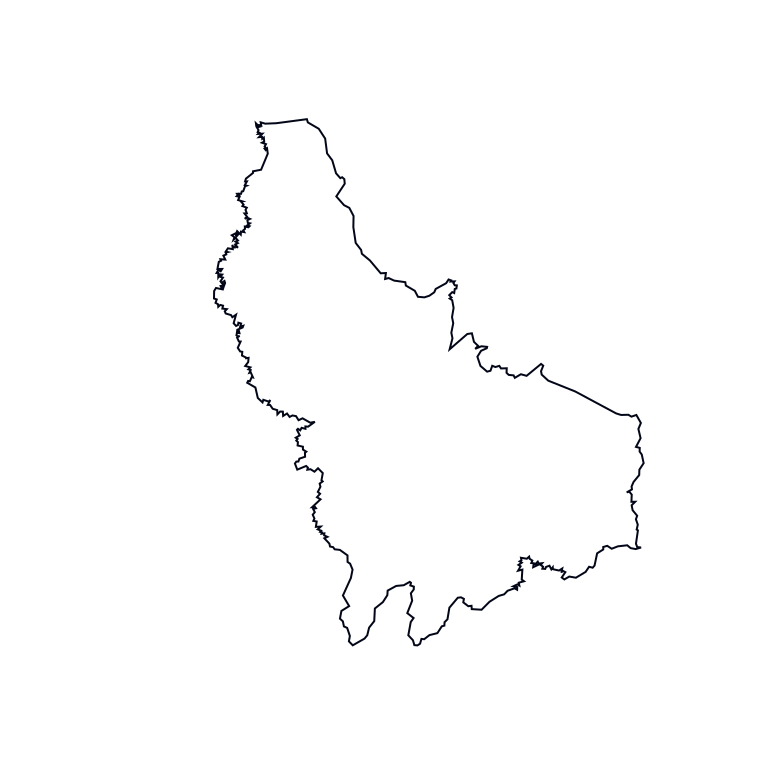 the district of Khon San, Chaiyaphum, Thailand, rotated 233°
{"feature_id": "78962969B85168062919429", "entity_name": "Khon San", "entity_type": "district", "adm_level": 2, "iso_a3": "THA", "parent_name": "Thailand", "parent_adm1": "Chaiyaphum", "projection": "robinson", "projection_center": [101.768, 16.554], "detail": "fine", "context": "isolated", "style": "outline", "palette": "ink", "viewbox_px": 768, "rotation_deg": 233, "n_neighbors": 0, "source": "geoboundaries", "source_scale": "gbopen_adm2", "svg_char_len": 6165}
<svg xmlns="http://www.w3.org/2000/svg" viewBox="0 0 768 768"><g transform="rotate(233 384 384)"><path d="M560.5,304.3L554.6,299.7L552.2,301.3L550.2,298.3L547.6,299.4L545.4,298.1L545.7,300.8L543.4,302.6L541.5,300.3L538.4,303.5L537.9,300.6L535.6,300.0L531.1,303.3L528.6,303.1L528.4,307.5L523.0,300.5L519.4,300.8L519.0,302.9L520.6,304.6L518.3,306.3L516.4,303.7L515.2,306.7L514.2,305.1L515.6,299.5L514.0,297.9L514.0,300.2L511.6,299.2L513.2,297.5L511.8,295.5L510.0,295.8L509.3,297.7L509.5,294.6L505.3,293.7L504.2,295.0L500.9,289.0L496.6,288.7L495.0,290.2L492.2,287.7L487.6,290.0L488.0,288.5L486.4,291.6L483.2,288.7L481.9,284.0L477.7,287.3L477.3,284.5L475.4,285.9L474.0,283.3L473.6,284.6L468.1,283.3L469.1,282.5L466.9,278.5L468.2,277.3L467.3,275.5L458.6,279.2L448.8,274.8L442.4,275.9L444.0,278.1L439.4,281.3L439.6,283.5L437.2,278.6L435.8,280.4L431.2,280.2L427.4,283.0L423.9,280.6L424.5,284.5L422.8,286.6L419.2,284.2L418.8,288.8L414.5,288.8L414.0,291.9L411.3,294.4L406.5,294.0L405.6,298.3L397.5,301.8L395.4,306.0L395.6,297.7L397.4,295.7L395.5,294.3L398.6,291.8L397.4,289.2L400.0,288.3L399.8,286.9L393.7,285.8L394.2,281.2L392.1,281.9L391.6,279.9L389.4,280.3L386.9,278.0L382.7,281.5L380.4,279.8L376.7,281.2L376.7,279.5L373.4,277.2L375.3,271.5L373.6,269.0L374.8,267.3L374.1,265.0L367.8,263.2L365.4,272.5L363.0,272.9L361.7,271.2L360.2,274.0L355.8,275.7L356.4,280.6L349.7,281.5L344.7,276.1L343.1,276.4L343.2,272.7L340.2,271.4L337.6,266.2L334.8,266.9L333.9,262.3L330.1,263.9L328.9,252.7L327.6,254.9L325.7,254.9L326.9,252.2L323.3,251.6L322.5,248.4L318.5,247.5L317.2,245.2L314.7,247.5L310.9,243.6L308.2,247.7L307.8,243.6L304.7,245.5L304.3,244.0L302.8,245.2L302.0,244.0L300.6,246.5L299.1,245.1L296.0,246.8L296.7,243.5L289.4,244.3L286.7,243.1L284.3,245.2L281.7,245.1L278.1,248.9L269.1,251.7L263.8,247.8L260.9,248.8L254.7,247.2L249.0,240.8L239.8,223.9L227.6,222.5L228.4,213.4L223.1,207.6L219.2,208.3L214.5,206.1L211.4,207.8L203.3,205.1L199.6,201.1L194.1,201.8L192.4,215.2L193.4,219.4L198.4,225.5L200.5,233.5L210.2,241.6L210.5,251.9L213.3,259.5L216.8,262.6L215.4,272.2L211.4,278.7L210.5,285.5L209.0,285.9L207.3,283.8L204.2,285.9L202.0,284.1L200.7,279.5L194.0,276.1L187.0,264.7L179.3,266.8L177.8,262.1L168.7,252.2L161.9,252.9L157.2,251.1L155.1,253.4L154.9,256.5L157.9,260.5L156.0,262.5L156.1,269.2L152.9,276.7L155.7,284.3L154.7,286.8L157.3,289.0L157.9,293.1L166.0,301.6L168.9,314.3L167.3,317.1L164.3,318.5L161.9,315.9L155.8,317.6L154.2,320.4L151.4,318.6L145.0,326.1L146.6,337.2L145.7,348.1L143.7,353.4L144.5,358.2L142.3,365.3L139.6,366.5L141.7,368.2L144.6,365.6L143.7,369.9L141.6,370.8L144.2,372.0L142.2,377.1L144.9,376.3L152.5,382.8L154.2,378.7L156.2,383.4L158.6,382.5L158.4,386.5L160.7,385.6L160.4,387.6L162.8,388.8L158.5,392.9L158.8,396.0L156.8,395.1L153.7,396.2L152.4,393.9L150.7,395.7L147.9,392.9L146.8,398.2L149.1,396.4L149.6,399.9L147.5,399.5L145.7,402.5L145.2,400.2L142.4,401.1L141.2,399.3L139.3,401.5L140.4,403.3L139.3,406.8L135.3,406.1L136.0,408.4L134.5,407.4L129.7,411.5L129.4,415.3L126.7,412.1L127.3,414.3L124.6,415.6L122.5,409.5L119.4,410.4L118.7,416.1L113.8,420.7L112.6,431.9L114.6,437.8L111.7,440.1L112.3,442.9L120.5,452.3L119.9,459.5L121.9,461.0L120.4,464.9L115.4,466.7L113.6,473.1L108.8,481.2L104.5,482.2L100.7,485.7L98.7,490.9L101.4,488.1L104.8,489.1L114.3,498.7L115.7,498.2L118.9,502.0L124.4,503.8L126.4,506.9L133.6,506.6L138.1,508.8L138.8,513.7L141.0,510.7L146.6,515.3L150.4,515.1L151.4,512.6L150.6,518.6L153.2,520.1L155.6,524.4L157.7,533.0L161.9,536.4L164.5,543.7L172.5,547.4L176.2,547.5L179.1,549.8L182.1,547.4L186.3,556.3L195.0,560.1L198.3,565.7L207.4,566.9L209.0,562.0L212.4,560.6L216.6,554.7L220.8,551.7L263.0,532.2L287.8,517.2L296.6,515.6L299.7,517.1L302.8,522.2L305.5,521.5L304.7,502.8L309.4,499.2L310.2,492.2L312.9,492.7L316.2,489.1L319.2,488.6L322.7,491.5L326.0,486.8L329.1,487.0L330.5,483.2L333.4,481.4L330.5,477.0L331.8,473.8L340.4,471.9L349.6,475.0L352.1,481.5L350.7,487.6L351.6,488.7L355.5,484.5L357.2,478.0L357.8,482.1L363.5,481.2L371.6,484.7L373.8,480.6L372.2,457.3L379.3,466.2L384.4,468.6L390.9,475.9L396.5,478.6L402.9,485.4L409.9,488.9L412.7,487.9L412.5,490.0L415.7,489.6L416.3,493.8L414.4,494.8L417.3,497.7L416.7,499.3L418.9,501.5L420.3,499.9L422.9,500.2L423.5,502.1L425.8,498.8L426.3,500.0L428.6,498.5L427.1,494.3L428.8,482.5L427.0,479.3L427.2,473.3L428.9,468.4L433.2,463.6L439.9,464.7L449.5,460.7L452.5,462.3L460.5,454.3L465.8,451.5L467.2,448.1L471.5,452.3L474.4,448.0L491.1,447.1L501.3,444.7L504.8,446.4L513.7,446.3L527.7,453.9L536.5,460.8L545.5,462.3L550.9,459.7L562.5,458.8L567.6,473.2L571.5,475.6L574.3,475.0L574.7,473.0L581.1,472.5L593.8,477.3L602.4,477.3L615.4,484.7L627.1,485.5L638.8,480.6L641.9,481.8L657.1,454.9L663.4,445.8L667.2,443.0L664.6,441.7L666.9,438.9L669.3,438.6L667.0,437.3L664.4,439.3L665.3,436.9L662.3,436.6L661.2,434.7L659.8,435.6L659.5,433.9L657.1,437.5L656.4,432.7L654.8,435.3L653.1,434.3L653.1,436.3L649.7,434.2L650.1,431.8L646.6,434.1L645.5,431.6L643.5,431.8L643.9,430.3L642.0,430.3L642.4,432.3L637.9,429.8L629.1,414.8L632.7,407.4L631.4,406.5L631.1,397.3L629.4,395.0L628.3,396.5L626.6,392.5L625.1,393.6L625.6,392.1L622.7,387.6L623.4,386.3L621.9,384.3L624.3,381.1L622.8,381.0L622.6,379.4L621.1,380.7L622.2,382.1L620.7,381.8L618.7,378.2L615.0,380.9L615.6,379.6L611.8,379.8L611.3,378.0L607.4,380.5L606.4,378.2L602.9,377.2L604.2,375.2L599.9,375.3L599.8,372.2L599.2,374.8L596.5,376.3L597.1,373.5L594.6,372.2L593.0,373.6L593.0,370.2L591.0,371.6L590.8,370.0L593.5,367.6L591.5,366.3L591.4,364.0L589.4,363.8L591.8,361.5L589.5,359.5L594.5,358.7L593.0,356.2L591.3,357.9L590.6,354.9L593.7,355.8L594.4,352.0L591.2,352.9L589.8,350.8L590.0,353.4L586.5,353.7L587.1,351.1L584.5,352.0L585.0,349.2L580.8,349.4L583.6,348.0L582.8,347.0L584.0,346.0L586.4,346.6L582.7,344.4L586.3,341.0L585.0,337.3L583.4,338.6L584.2,336.6L582.4,336.0L583.2,333.0L578.9,332.1L582.1,328.4L580.5,328.0L581.0,325.6L576.1,320.2L573.3,324.0L572.3,321.4L574.8,320.2L573.4,317.2L572.5,318.5L569.1,316.0L570.3,319.0L568.8,320.6L568.1,317.7L565.9,319.4L564.4,315.2L562.5,315.2L562.3,318.6L560.3,317.9L559.1,316.0L561.1,315.9L559.8,314.2L560.6,312.5L558.2,312.1L558.3,314.7L556.5,312.2L561.8,307.6L560.5,304.3Z" fill="none" stroke="#020617" stroke-width="2"/></g></svg>